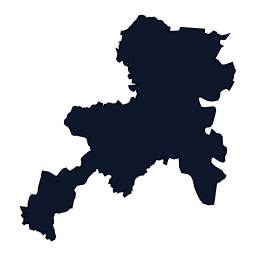 Fortaleza dos Valos, Rio Grande do Sul, Brazil (Mercator projection)
{"feature_id": "56859067B10871106243239", "entity_name": "Fortaleza dos Valos", "entity_type": "district", "adm_level": 2, "iso_a3": "BRA", "parent_name": "Brazil", "parent_adm1": "Rio Grande do Sul", "projection": "mercator", "projection_center": [-53.309, -28.909], "detail": "fine", "context": "isolated", "style": "filled", "palette": "ink", "viewbox_px": 256, "rotation_deg": 0, "n_neighbors": 0, "source": "geoboundaries", "source_scale": "gbopen_adm2", "svg_char_len": 5001}
<svg xmlns="http://www.w3.org/2000/svg" viewBox="0 0 256 256"><path d="M20.8,206.9L21.5,209.5L23.7,212.9L21.6,215.2L22.9,217.2L24.7,216.9L24.1,219.2L23.9,221.5L22.7,223.1L24.2,224.5L25.4,223.5L29.0,223.2L29.7,224.7L30.1,228.7L34.2,229.9L35.8,228.9L37.1,230.6L38.4,229.1L39.1,231.3L41.4,232.1L43.4,234.5L44.7,232.7L45.7,231.3L46.2,233.9L47.0,236.0L45.9,237.4L47.4,238.9L50.0,238.2L51.4,240.6L54.4,239.2L55.4,236.6L54.5,234.1L54.1,232.0L53.9,229.9L52.9,227.5L52.1,225.2L53.2,223.2L53.3,219.9L52.7,217.2L53.7,215.7L53.8,213.2L57.3,212.2L59.3,213.0L60.6,212.0L62.6,212.0L66.3,210.9L68.7,209.1L70.0,207.5L71.8,207.8L73.3,200.1L74.7,197.1L75.2,193.3L74.1,191.4L73.3,189.4L75.3,187.2L76.5,185.3L81.0,184.3L83.8,183.9L85.9,181.5L86.9,178.8L88.5,176.4L93.1,171.8L95.1,171.0L95.8,168.9L97.5,168.1L98.8,169.1L99.6,172.5L102.6,172.1L105.0,175.7L107.3,174.2L109.7,174.1L111.5,175.0L112.4,176.6L111.4,178.4L110.0,179.7L109.1,183.2L111.5,183.2L111.1,185.7L112.6,187.3L115.7,187.8L113.5,189.5L114.0,192.1L118.0,190.1L117.6,192.6L119.9,191.7L122.2,191.6L124.6,191.7L123.5,195.2L124.5,196.8L128.9,193.6L130.7,193.0L129.7,191.3L132.0,190.4L131.7,186.8L133.6,184.4L133.8,181.7L134.7,178.6L137.1,176.6L140.0,174.9L143.2,174.8L144.9,172.5L146.6,172.0L145.4,169.4L146.5,167.9L149.0,167.6L149.7,165.9L154.0,163.2L155.9,159.3L159.5,159.7L162.9,158.3L164.3,159.9L163.8,163.4L166.3,164.3L167.5,159.7L169.7,157.0L172.7,158.5L174.3,158.5L176.9,158.1L179.2,156.6L179.6,161.2L179.9,167.3L181.9,172.4L188.2,173.5L191.3,175.8L193.1,179.0L195.3,188.4L198.4,195.4L200.3,199.2L203.6,203.1L208.5,204.5L213.5,204.1L214.2,199.2L216.1,184.9L217.0,182.1L219.2,181.8L222.3,179.2L224.1,178.4L225.7,175.7L223.3,173.5L222.0,171.3L220.6,170.2L218.4,169.0L214.8,166.8L212.6,164.8L210.9,163.0L210.7,160.8L210.9,159.0L211.9,157.0L213.8,156.8L216.9,159.0L219.9,160.9L223.2,161.9L224.6,160.8L224.3,157.3L224.7,155.5L226.0,153.1L226.4,149.5L225.8,147.5L223.7,146.6L222.4,144.9L222.1,142.8L222.0,137.1L220.2,134.5L216.1,133.6L212.0,129.7L210.3,135.1L208.5,135.6L205.8,134.1L204.1,131.4L204.4,128.6L205.8,127.0L210.1,126.4L212.1,123.7L213.1,120.0L214.2,115.8L215.5,110.3L214.8,107.8L213.1,107.0L209.9,107.4L205.3,107.9L202.2,107.7L200.8,106.9L199.5,103.9L198.6,101.0L197.9,98.7L199.2,96.5L201.2,96.9L203.5,98.1L206.9,99.9L210.5,100.8L214.5,100.5L217.7,99.7L219.4,96.4L219.6,92.7L220.5,91.0L223.1,89.3L225.2,88.4L227.4,88.2L229.1,90.0L230.5,87.6L231.6,85.9L232.7,83.6L233.5,81.6L231.4,80.8L233.0,78.3L233.4,76.5L232.9,74.5L234.3,73.2L235.2,70.5L233.7,67.8L233.6,66.1L232.5,64.5L232.4,62.6L225.0,65.2L221.5,65.3L217.8,60.4L216.2,59.7L214.3,59.5L216.0,56.3L220.8,47.2L222.6,46.3L219.6,44.4L219.3,42.2L219.8,39.1L225.0,39.2L228.8,34.2L225.3,35.3L221.3,36.3L219.6,35.1L216.9,34.2L216.1,32.4L213.5,31.3L211.2,33.5L208.6,34.8L204.2,33.4L204.2,29.4L180.5,27.7L180.3,29.9L178.8,31.3L176.3,31.4L169.1,31.7L169.8,27.6L167.0,26.6L166.1,25.1L164.5,24.5L162.8,21.9L161.2,20.8L157.4,20.5L155.9,18.4L153.7,17.4L151.6,18.0L149.2,17.6L146.5,18.5L144.2,16.1L142.0,15.4L139.2,15.9L137.3,19.4L134.1,22.5L132.5,24.6L130.9,26.5L129.3,27.8L128.6,29.4L126.6,30.1L123.9,31.3L121.5,31.5L121.1,34.4L123.0,34.2L122.9,37.1L122.4,39.2L121.7,41.5L119.6,42.3L121.1,44.0L119.7,44.9L119.2,46.9L119.8,48.8L118.4,49.9L116.6,49.0L117.7,52.4L118.0,54.7L117.5,57.0L116.8,59.0L118.0,61.0L119.7,61.9L121.3,60.1L123.3,60.5L124.1,63.9L125.7,65.3L126.5,63.5L126.8,61.7L128.8,62.7L127.3,65.5L128.9,67.2L128.6,69.7L129.5,71.7L130.9,73.3L131.3,75.2L129.1,74.5L128.3,76.4L129.7,78.6L131.6,77.7L132.9,79.7L132.3,82.4L135.4,83.2L137.7,85.2L135.1,85.5L133.0,85.4L131.0,85.7L128.9,86.0L129.7,88.3L131.7,90.3L133.6,91.1L135.0,89.4L136.7,89.9L137.0,91.9L137.8,94.4L136.4,96.6L136.2,98.7L134.8,99.4L133.4,97.5L131.6,98.0L130.7,100.5L129.9,102.3L128.3,103.7L126.6,104.4L124.8,104.8L122.9,105.6L121.2,104.0L119.6,102.4L118.0,100.9L116.9,103.2L114.7,104.1L112.4,104.1L110.7,103.5L108.1,103.2L106.4,104.6L104.5,104.6L104.3,106.7L102.1,106.0L102.3,103.8L100.3,103.2L98.7,102.2L97.6,104.1L96.1,105.5L93.7,105.2L91.7,106.1L90.6,108.2L88.9,108.8L87.5,107.9L85.4,108.4L83.7,108.3L82.0,109.2L81.1,107.7L79.5,106.7L78.2,107.9L76.6,106.7L74.8,106.8L73.3,107.1L72.3,109.4L71.0,112.6L68.8,113.9L67.7,115.5L67.2,118.3L65.0,120.1L64.6,122.5L65.1,124.4L66.7,125.5L68.6,126.5L70.6,130.0L72.4,134.5L74.3,135.1L77.0,135.0L79.0,135.4L80.7,136.0L82.4,136.1L85.0,136.9L86.7,137.9L87.7,139.7L88.0,142.2L89.0,145.1L90.6,146.3L91.0,148.9L91.5,151.3L89.7,151.6L88.3,152.4L86.8,153.9L84.6,155.5L81.5,158.9L81.8,161.1L81.9,164.3L80.9,166.7L79.1,167.4L77.3,166.8L75.5,167.9L74.3,169.0L72.7,169.8L70.0,171.7L67.9,170.4L65.9,168.3L62.9,169.4L61.1,171.3L59.8,173.0L58.6,174.8L57.2,176.4L55.4,176.5L53.0,175.0L50.1,173.2L47.8,172.1L45.2,171.8L42.7,171.3L41.9,174.0L41.8,176.2L41.4,177.9L40.4,181.2L39.6,184.4L39.0,186.5L38.5,188.6L38.6,190.9L37.7,193.7L36.0,195.5L34.4,195.3L32.1,194.8L30.3,196.5L29.7,198.8L28.7,201.4L28.4,203.9L28.4,206.8L26.3,208.0L24.4,207.3L22.3,207.2L20.8,206.9Z" fill="#0f172a" stroke="#020617" stroke-width="1.5"/></svg>